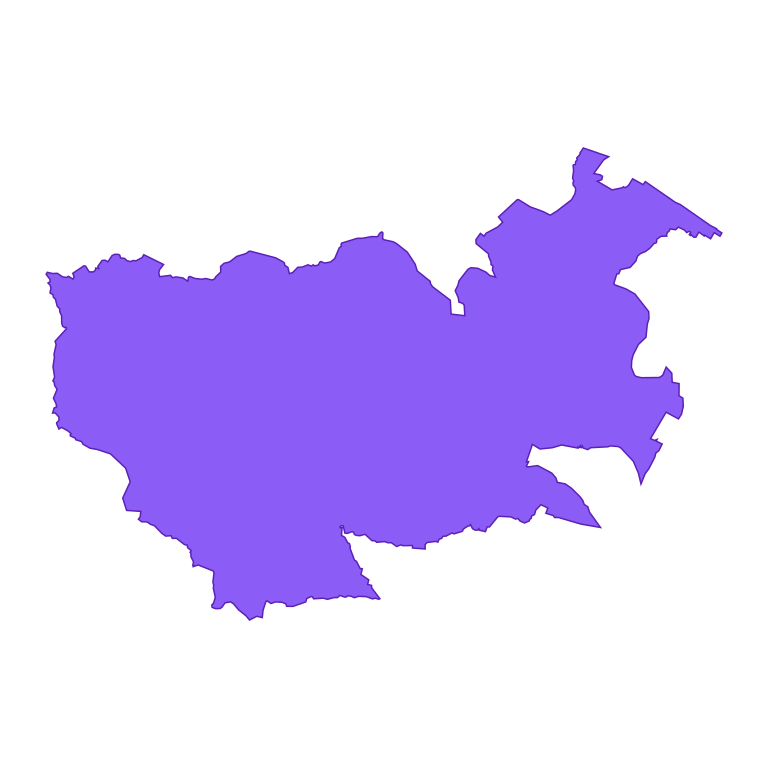 Cuautinchán, Puebla, Mexico
{"feature_id": "50627088B83471115235412", "entity_name": "Cuautinchán", "entity_type": "district", "adm_level": 2, "iso_a3": "MEX", "parent_name": "Mexico", "parent_adm1": "Puebla", "projection": "mercator", "projection_center": [-98.043, 18.963], "detail": "fine", "context": "isolated", "style": "filled", "palette": "violet", "viewbox_px": 768, "rotation_deg": 0, "n_neighbors": 0, "source": "geoboundaries", "source_scale": "gbopen_adm2", "svg_char_len": 6064}
<svg xmlns="http://www.w3.org/2000/svg" viewBox="0 0 768 768"><path d="M721.9,233.0L716.5,229.4L716.6,228.7L710.5,225.6L680.4,204.6L675.4,202.4L645.3,181.6L643.1,184.6L632.6,178.8L628.7,185.1L626.6,187.0L624.7,187.5L623.2,186.8L622.1,187.8L612.1,189.9L597.3,181.2L601.8,179.7L602.5,176.3L600.2,174.8L593.8,173.5L603.7,159.8L608.7,156.7L583.3,148.0L580.0,152.9L580.1,154.2L576.7,158.0L577.3,159.7L575.7,161.5L575.3,164.6L573.5,164.8L573.1,165.6L573.6,170.7L572.6,178.0L573.8,181.3L573.0,182.5L573.3,185.3L575.4,187.7L575.6,190.4L574.8,194.1L571.5,199.8L557.0,211.0L550.2,215.2L543.4,211.7L530.3,206.9L518.5,199.6L517.2,199.7L498.5,217.0L502.7,222.2L497.7,227.0L486.1,233.2L484.1,236.1L480.4,233.4L475.9,239.7L476.1,243.6L488.5,253.8L488.6,256.3L491.0,262.0L491.0,264.5L493.1,266.2L492.4,269.8L495.5,277.1L489.8,275.5L485.9,272.1L477.8,268.3L471.0,267.7L467.9,269.3L459.0,280.8L457.9,285.3L455.2,290.7L458.3,297.8L458.9,302.1L462.5,303.3L464.2,305.1L464.8,315.7L451.1,314.1L450.3,300.2L432.5,286.7L430.4,283.4L430.3,281.4L417.2,270.9L415.2,264.2L407.3,252.1L396.6,243.6L393.0,241.7L384.1,239.8L382.6,238.5L382.9,232.9L381.8,231.9L379.9,233.1L377.5,236.7L371.4,236.6L362.3,238.3L357.3,238.3L341.6,243.1L341.0,244.7L341.4,246.3L339.3,247.7L334.7,258.6L330.5,262.0L324.5,263.1L321.0,261.5L319.8,262.1L318.4,264.9L316.8,265.4L314.4,265.8L313.2,264.8L311.4,266.1L308.0,264.8L302.4,267.0L297.8,267.3L292.6,272.6L289.4,273.6L287.9,267.4L284.8,265.3L284.4,263.0L282.9,261.7L275.6,257.8L250.4,251.2L249.0,251.3L245.9,253.6L236.7,256.4L229.6,261.9L224.0,263.3L220.6,266.4L220.7,272.1L215.8,276.7L214.6,278.9L212.0,280.0L205.8,278.5L201.7,279.2L194.7,278.4L190.1,276.5L188.5,277.1L187.8,281.2L182.8,277.9L176.1,276.9L172.5,277.6L170.5,275.3L159.7,276.7L158.8,272.9L159.6,269.7L163.6,264.5L143.8,254.7L142.1,257.6L136.0,260.8L133.1,260.5L130.8,261.5L127.2,260.8L124.5,258.4L120.6,257.9L119.7,255.1L118.5,254.4L114.9,254.3L112.1,255.5L107.9,261.8L105.2,260.2L102.1,260.4L97.8,266.5L98.7,268.5L95.6,268.1L95.4,270.3L93.2,271.9L89.2,271.9L85.6,266.1L83.9,265.8L72.8,273.3L74.2,277.2L72.9,279.0L68.5,276.3L66.7,277.4L62.7,276.9L57.3,273.3L52.7,273.5L47.3,272.3L46.1,274.3L50.0,279.4L50.0,281.7L48.0,283.0L50.0,285.0L51.0,287.9L50.0,292.9L53.1,294.9L53.4,297.3L55.4,299.2L57.2,306.2L59.7,308.9L59.7,311.6L61.6,315.9L61.7,323.1L62.6,326.2L64.9,327.7L66.0,327.3L66.6,328.6L55.1,341.2L56.1,344.7L54.0,354.4L54.4,357.4L53.0,366.6L54.6,377.1L52.9,380.9L54.0,381.8L54.7,385.6L57.1,389.3L53.4,398.2L56.0,403.5L56.6,406.9L54.1,408.0L52.6,413.1L55.2,412.9L59.0,417.2L58.9,420.6L56.7,422.6L56.6,423.6L58.9,429.0L61.5,427.4L67.7,430.8L71.1,433.6L70.1,435.0L70.5,436.0L75.1,438.1L75.9,439.8L81.5,441.5L83.1,444.3L90.0,448.2L97.3,449.5L110.4,453.8L125.6,468.1L130.2,481.8L122.7,498.1L126.6,510.4L140.8,511.4L140.2,516.8L138.4,519.2L141.7,521.8L147.0,521.9L150.5,524.3L154.4,525.7L162.0,533.5L165.7,536.1L171.1,535.7L172.3,538.4L176.4,538.3L184.5,544.6L187.2,545.2L187.6,547.7L191.1,550.5L190.1,552.4L190.9,553.1L191.0,556.9L193.5,561.8L192.8,565.5L193.5,565.7L193.3,566.6L198.2,565.0L213.1,570.9L214.0,572.9L212.9,582.1L213.7,585.3L213.3,588.2L215.3,597.2L213.6,603.1L211.8,605.0L212.1,607.4L215.7,608.7L220.2,608.5L221.9,607.3L225.1,602.8L230.7,601.9L233.6,603.9L238.7,610.0L246.0,615.8L249.5,620.0L256.8,616.3L262.3,617.6L263.0,610.5L265.8,601.8L266.9,600.8L271.0,603.5L275.6,601.9L282.2,602.3L285.9,603.9L286.6,606.3L293.0,606.4L305.8,601.9L306.7,598.6L310.8,596.6L312.2,596.7L313.7,598.8L323.3,598.2L327.5,599.3L334.1,597.6L337.5,597.6L339.9,595.4L344.3,597.0L345.9,597.1L347.8,595.9L350.8,596.1L354.4,597.7L358.6,596.3L366.5,596.7L372.5,598.9L375.4,598.2L378.8,599.3L379.9,598.7L371.7,587.9L371.6,585.4L367.6,584.4L368.8,579.9L360.9,574.5L362.3,568.8L360.1,568.4L356.4,561.3L354.5,560.2L350.0,548.1L350.4,546.9L349.4,543.5L347.7,542.8L344.9,537.4L341.5,535.4L342.1,527.7L340.1,527.7L340.0,526.6L341.2,525.7L343.2,525.8L344.9,533.1L347.3,533.4L352.2,531.6L353.8,532.6L354.4,534.6L356.9,535.5L360.0,535.7L365.0,534.3L372.0,540.7L374.9,540.8L376.6,542.3L384.6,541.6L388.1,542.8L391.3,542.7L396.7,546.5L400.7,544.9L403.1,545.7L412.4,545.5L412.5,548.0L425.2,549.0L425.1,544.7L427.0,542.5L435.8,541.4L437.9,542.1L439.1,539.2L441.7,538.4L442.8,536.3L446.1,536.1L452.0,532.9L454.0,533.9L461.5,531.6L462.6,531.0L463.3,529.1L468.0,526.0L469.2,526.0L470.5,524.6L472.5,528.7L475.1,530.1L477.8,530.1L478.8,528.7L479.5,530.3L485.5,531.6L487.2,526.8L489.4,527.0L497.8,516.8L499.3,516.3L510.9,516.9L515.6,519.1L518.0,518.5L520.0,521.0L524.5,523.0L529.3,520.9L529.6,519.5L531.2,518.3L531.7,515.9L534.5,514.6L535.8,510.1L540.9,504.7L547.8,508.0L545.9,513.3L553.2,515.5L554.6,517.5L558.4,517.5L581.0,524.1L600.5,527.5L589.6,512.3L587.8,506.8L584.2,504.4L582.8,500.5L580.0,496.7L571.4,488.2L565.2,483.9L557.3,482.3L555.9,477.9L551.9,473.2L537.7,465.6L527.8,466.9L526.4,466.3L528.6,461.6L526.4,461.9L532.4,444.4L540.0,449.0L552.5,447.7L561.6,445.0L577.5,448.0L577.8,447.1L578.6,447.9L580.3,445.9L580.2,447.3L581.2,447.7L582.3,446.0L583.1,448.0L587.8,449.6L590.7,447.7L607.9,446.8L610.4,445.9L618.4,446.6L621.1,448.2L633.4,461.4L638.4,473.1L641.0,484.0L645.1,473.8L648.8,468.8L654.9,457.0L655.8,453.1L658.9,450.6L662.2,444.0L656.2,441.1L657.1,439.4L654.6,440.4L650.5,438.7L666.1,412.2L678.5,418.9L681.5,414.1L683.3,406.4L682.9,398.2L679.0,395.7L679.1,383.6L672.2,382.3L671.8,373.2L666.2,367.1L662.7,375.3L659.3,377.5L641.3,377.7L636.2,376.5L634.4,375.0L631.4,367.5L631.7,360.8L633.1,355.0L638.4,344.5L646.0,337.2L647.3,324.2L649.0,318.6L648.7,311.6L634.9,294.0L625.9,288.9L614.8,284.8L613.8,283.6L615.9,276.7L617.0,273.8L618.8,273.8L620.5,269.6L630.1,267.4L635.9,261.0L637.5,256.1L640.6,253.5L645.3,251.6L649.8,248.3L653.8,243.7L656.4,242.7L656.9,239.2L661.0,236.3L666.8,236.1L666.5,234.9L667.5,232.3L668.9,231.5L670.0,229.0L675.7,229.7L678.4,227.1L684.5,230.1L686.7,232.6L688.6,231.5L690.3,231.8L690.7,232.5L689.3,234.7L690.2,235.3L690.3,234.1L693.6,237.1L695.9,237.2L698.9,232.1L704.3,236.0L704.8,235.2L710.6,238.8L714.2,232.7L720.0,236.2L721.9,233.0Z" fill="#8b5cf6" stroke="#5b21b6" stroke-width="1.5"/></svg>